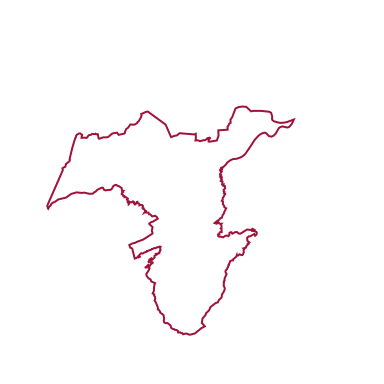 Purificación, Tolima, Colombia (Equal Earth projection), rotated 53°
{"feature_id": "7082276B94400039413071", "entity_name": "Purificación", "entity_type": "district", "adm_level": 2, "iso_a3": "COL", "parent_name": "Colombia", "parent_adm1": "Tolima", "projection": "equal_earth", "projection_center": [-74.879, 3.877], "detail": "fine", "context": "isolated", "style": "outline", "palette": "rose", "viewbox_px": 384, "rotation_deg": 53, "n_neighbors": 0, "source": "geoboundaries", "source_scale": "gbopen_adm2", "svg_char_len": 6099}
<svg xmlns="http://www.w3.org/2000/svg" viewBox="0 0 384 384"><g transform="rotate(53 192 192)"><path d="M306.7,274.9L306.4,266.4L307.0,262.6L302.6,263.0L299.3,259.7L298.3,255.0L297.3,253.9L296.8,249.5L295.0,246.4L294.9,240.1L295.7,237.7L294.4,235.5L294.2,232.6L293.9,231.7L291.8,229.6L290.9,226.9L289.4,224.4L288.2,223.6L285.5,222.9L284.7,221.9L283.6,221.3L283.2,220.5L282.5,220.3L282.4,219.3L280.7,218.1L278.4,213.8L275.9,213.4L274.9,212.3L274.7,210.3L273.9,209.5L273.8,208.6L273.1,207.9L272.6,206.5L272.0,206.5L271.7,205.4L270.2,203.1L270.4,201.9L271.3,200.3L270.5,199.6L270.3,195.7L269.3,194.1L270.0,194.4L270.5,193.2L270.3,191.6L272.1,190.5L272.6,189.8L272.6,189.1L271.3,186.9L269.3,185.7L269.1,184.6L268.0,184.8L268.9,182.3L268.0,181.4L267.5,178.3L266.9,178.5L266.8,176.5L264.5,177.2L261.8,175.6L261.6,173.5L262.4,172.2L263.0,167.6L264.9,167.9L264.8,166.2L263.8,164.9L262.6,164.6L261.2,165.5L260.6,165.1L260.1,166.6L259.4,167.3L259.1,166.9L259.3,165.2L257.8,165.9L257.8,167.8L255.1,170.6L254.4,178.4L253.2,179.8L251.0,180.2L249.9,182.0L249.7,184.7L249.3,185.0L247.9,184.7L247.3,185.5L247.2,186.7L248.9,188.1L249.1,188.9L249.1,189.6L248.4,189.7L247.1,191.5L246.9,194.5L245.4,195.5L244.1,197.2L242.9,197.6L241.6,196.7L242.2,195.7L241.7,195.6L241.0,194.3L241.0,193.5L241.9,192.5L239.5,190.7L238.5,191.0L238.3,190.0L237.5,189.2L235.3,188.3L235.1,187.5L234.0,189.0L232.1,189.1L232.4,190.1L232.1,191.5L230.4,192.6L230.3,189.1L230.5,186.9L230.0,185.0L230.5,183.7L229.0,181.6L228.4,179.6L227.4,178.3L225.6,174.5L223.5,175.3L222.3,174.6L220.4,174.7L218.2,173.0L217.0,173.5L216.5,172.0L215.3,171.1L214.6,169.0L213.9,168.1L213.8,166.8L213.2,166.5L212.1,167.1L211.3,166.0L210.5,166.3L209.3,165.4L209.1,163.4L206.9,162.2L206.0,163.2L205.1,162.3L204.9,163.3L204.2,163.5L202.3,161.5L200.4,162.4L200.2,161.8L200.9,161.3L199.9,160.5L199.0,160.6L198.6,159.9L198.1,160.3L197.5,159.3L196.7,160.2L195.9,158.6L195.1,159.2L194.6,158.9L193.5,155.8L193.2,155.8L192.7,156.7L191.3,156.5L191.1,155.7L192.0,154.4L191.8,154.0L190.6,154.6L190.2,154.2L190.9,151.8L190.4,148.1L189.7,146.3L189.7,142.4L190.4,139.4L192.3,136.4L193.5,132.8L193.9,130.4L193.8,127.0L190.3,116.5L188.2,111.0L187.2,105.8L187.0,102.8L187.6,99.9L188.6,97.9L190.3,97.2L193.5,97.0L195.5,95.4L196.1,93.3L195.8,90.2L193.3,84.4L193.2,82.5L194.1,80.3L197.2,77.7L198.0,76.8L198.5,75.2L197.7,71.3L195.4,67.1L193.3,74.1L192.3,76.2L190.2,79.6L188.7,81.1L184.8,84.0L183.0,84.5L181.8,84.1L179.8,82.4L176.4,81.2L174.5,81.9L168.9,87.9L164.1,94.2L163.1,96.3L156.7,97.4L154.1,100.3L152.2,103.7L151.5,106.7L151.8,107.5L156.4,114.8L157.4,117.8L160.0,119.5L159.8,121.0L160.9,122.9L161.1,124.2L163.7,126.0L158.6,133.9L163.1,137.0L165.8,141.2L162.4,147.7L161.7,148.4L160.4,147.4L159.9,145.1L159.2,145.2L158.3,147.4L158.6,148.5L158.4,150.6L157.6,151.5L156.3,155.0L154.3,156.2L152.9,158.2L151.7,156.8L147.8,154.0L147.5,155.4L137.6,166.5L137.7,170.0L136.5,172.5L135.6,175.7L122.3,172.5L101.1,178.9L100.3,180.6L99.2,185.7L100.5,186.2L101.8,188.1L103.3,191.8L103.4,193.5L103.9,194.3L103.7,196.8L103.1,198.3L102.4,198.8L101.0,200.7L102.2,204.5L102.1,206.6L103.7,209.5L104.5,210.1L104.6,210.9L102.2,216.2L99.6,216.1L97.7,219.6L97.3,221.0L97.6,225.1L97.5,226.5L94.9,230.0L93.6,234.1L92.9,234.3L89.2,232.4L88.4,233.7L87.4,233.9L87.1,235.1L85.5,236.8L85.5,238.4L84.6,240.0L84.8,241.6L85.4,242.8L85.1,244.1L84.3,244.6L82.2,247.6L80.2,245.4L77.8,246.2L77.2,247.2L77.0,249.4L77.2,250.5L78.5,252.0L78.8,253.0L84.5,260.8L92.1,270.0L92.8,270.1L93.7,271.3L93.8,275.9L95.6,277.9L95.0,280.9L95.3,281.4L96.8,282.0L115.8,315.8L118.3,316.9L118.8,316.9L117.8,314.9L117.8,313.1L116.8,311.4L116.8,309.6L117.4,307.1L117.4,303.5L120.7,295.8L120.8,289.7L122.8,284.5L126.4,280.6L127.7,278.4L131.5,275.2L133.4,272.7L133.6,271.9L133.4,270.0L133.7,268.7L133.3,266.4L134.1,261.7L135.0,260.5L137.2,260.9L138.6,260.2L139.7,258.0L141.3,255.7L141.3,254.4L139.9,251.2L140.1,249.3L140.8,248.1L142.0,247.9L143.5,246.8L146.5,245.8L148.2,246.8L149.0,246.8L149.7,246.1L149.8,246.7L150.5,247.0L150.0,247.9L151.0,248.5L151.3,249.4L153.0,248.9L153.5,249.3L154.5,248.4L155.5,249.1L156.2,248.0L158.7,247.2L159.0,247.6L159.0,248.5L159.9,248.4L161.6,249.6L161.9,249.5L161.8,248.7L163.6,249.9L163.4,248.9L162.5,247.7L163.9,246.4L163.9,244.8L165.2,244.4L166.1,245.2L167.7,245.0L167.7,244.2L166.7,242.1L167.0,241.6L167.9,242.5L169.1,241.4L170.5,241.3L171.0,241.9L171.4,240.8L172.2,239.9L173.6,239.5L174.8,241.1L175.8,240.5L176.3,241.1L177.3,240.5L178.7,240.6L179.2,240.9L179.8,242.3L180.0,240.4L180.9,240.9L182.2,239.2L184.0,239.7L184.7,238.8L187.5,238.5L188.7,235.9L190.4,235.2L192.7,235.4L192.1,241.2L191.5,242.9L191.4,245.1L192.0,245.4L196.3,244.6L198.7,247.4L201.1,248.2L201.4,249.1L200.6,259.6L198.6,266.2L198.4,267.9L197.2,270.6L196.6,274.0L199.3,274.8L200.6,273.9L201.5,273.9L210.7,277.8L211.2,276.3L211.2,274.6L212.0,274.1L212.3,272.6L212.0,272.6L211.7,273.8L210.9,273.5L210.3,269.4L211.5,268.4L211.6,266.6L212.4,264.1L212.0,263.6L212.6,262.9L212.5,262.3L213.5,259.2L213.3,258.5L213.8,257.7L214.0,256.0L215.0,254.9L215.0,253.4L215.7,252.4L215.9,251.0L216.8,250.1L217.3,251.1L219.5,252.1L219.5,252.8L220.3,253.5L220.4,254.4L221.3,255.0L219.6,258.2L220.0,258.5L220.9,256.8L220.4,260.1L220.5,260.6L221.8,261.3L222.2,265.1L221.0,264.7L220.6,263.4L220.3,266.7L220.7,267.1L221.3,266.9L221.4,268.5L221.8,268.7L223.6,267.1L224.4,265.8L224.9,265.9L225.0,266.4L224.9,268.1L225.5,269.8L224.9,270.6L223.8,270.7L224.3,273.6L224.0,275.3L225.2,273.0L225.4,271.9L225.8,272.4L226.5,271.4L227.3,271.8L228.4,273.5L230.0,277.7L231.4,278.7L234.6,278.7L237.0,277.7L238.8,278.4L242.7,276.3L243.3,277.6L245.6,280.0L248.1,282.0L249.4,284.5L251.0,283.7L251.9,284.6L253.5,284.6L255.0,285.5L256.3,287.3L258.1,287.3L262.9,288.5L264.6,289.2L265.3,290.0L266.2,289.4L268.5,289.5L269.1,290.0L273.0,288.8L276.4,290.5L277.6,291.9L279.5,292.7L280.9,292.0L282.0,290.4L284.2,289.8L285.9,289.5L287.7,290.4L289.2,290.1L290.8,288.8L291.7,288.7L292.9,287.4L294.7,286.8L295.3,287.5L296.0,287.6L297.0,285.9L298.3,285.5L299.1,284.6L300.3,284.7L301.2,282.3L302.7,280.8L303.9,280.4L304.8,279.4L306.7,274.9Z" fill="none" stroke="#9f1239" stroke-width="2"/></g></svg>